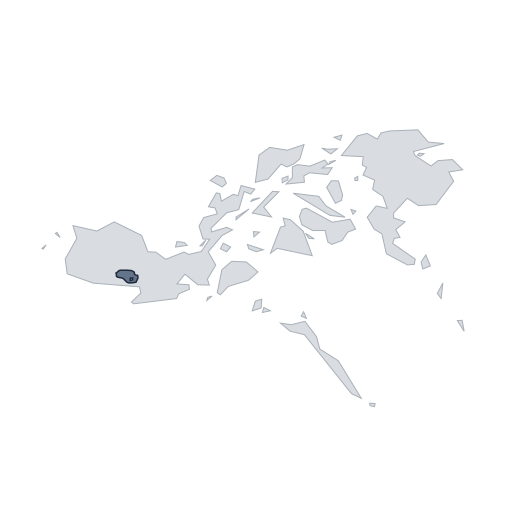 Benguet on a map of Philippines (Mercator projection), rotated 275°
{"feature_id": "PHL-2559", "entity_name": "Benguet", "entity_type": "Province", "adm_level": 1, "iso_a3": "PHL", "parent_name": "Philippines", "parent_adm1": "", "projection": "mercator", "projection_center": [120.715, 16.554], "detail": "fine", "context": "in_parent", "style": "filled", "palette": "slate", "viewbox_px": 512, "rotation_deg": 275, "n_neighbors": 0, "source": "natural_earth", "source_scale": "10m", "svg_char_len": 4371}
<svg xmlns="http://www.w3.org/2000/svg" viewBox="0 0 512 512"><g transform="rotate(275 256 256)"><path d="M236.4,66.2L258.0,76.0L270.3,71.0L267.0,95.3L277.6,111.8L266.5,140.3L250.8,147.9L251.1,155.9L244.8,166.3L253.7,184.0L251.7,188.7L255.7,201.1L268.7,208.3L268.3,201.7L280.8,196.6L289.7,200.5L294.6,213.7L300.3,211.1L300.9,204.3L315.4,211.0L315.1,214.5L307.6,216.8L315.5,228.0L314.5,232.8L324.9,235.0L322.5,249.0L317.2,245.3L319.2,238.6L300.7,234.8L296.4,222.9L279.8,208.9L276.1,209.6L282.0,224.3L280.0,230.3L273.5,220.5L256.1,208.0L243.4,216.7L228.8,209.6L222.9,212.0L222.3,200.5L231.7,186.8L221.3,179.7L221.5,191.7L217.1,192.6L211.6,182.3L206.7,180.6L197.7,138.2L199.4,136.0L209.0,144.5L215.1,142.6L214.8,96.1L221.8,69.5L236.4,66.2ZM363.5,332.3L384.5,346.5L387.8,356.1L383.0,366.6L389.5,369.9L392.2,378.1L395.8,406.2L384.5,417.7L384.4,433.6L373.8,403.7L369.9,405.7L360.9,422.5L366.9,429.1L369.2,443.3L359.9,454.4L356.5,440.7L347.7,446.4L323.0,430.9L320.3,413.6L326.7,401.8L311.0,389.4L306.0,389.7L303.0,401.5L294.4,392.9L287.1,397.9L285.6,392.2L280.5,391.0L266.7,414.9L261.5,414.4L260.3,407.6L269.6,385.7L289.0,379.5L293.1,371.3L304.3,363.4L316.3,371.4L314.9,382.6L326.5,377.3L332.5,366.4L342.0,367.5L346.0,355.5L353.9,358.5L355.9,353.9L364.3,354.2L363.5,332.3ZM300.9,346.6L291.5,352.9L287.7,345.2L278.9,340.4L274.2,330.4L276.2,326.3L287.4,322.6L286.3,310.3L291.1,298.9L299.1,295.8L306.5,297.9L308.1,302.1L296.3,329.2L300.9,346.6ZM356.8,250.2L365.4,260.2L364.1,277.9L371.2,294.1L356.6,291.3L350.8,285.5L347.4,279.0L349.7,272.9L333.7,261.3L329.3,248.9L356.8,250.2ZM260.1,270.2L286.9,277.9L288.6,282.5L296.2,279.7L295.1,287.1L284.9,300.8L261.2,312.0L265.5,276.5L260.1,270.2ZM158.8,347.1L123.4,373.3L127.2,363.1L181.8,311.1L184.1,296.4L191.3,286.3L190.6,297.0L195.2,310.4L180.8,323.4L168.9,327.6L158.8,347.1ZM216.0,220.6L239.3,223.2L248.6,232.2L249.2,246.9L240.3,259.4L231.2,250.7L223.3,231.0L214.2,223.8L216.0,220.6ZM337.4,285.4L347.8,284.5L350.6,289.3L350.2,301.9L357.6,316.1L354.0,319.6L349.4,314.3L350.6,324.2L343.4,320.2L343.6,302.1L340.0,296.7L333.7,297.8L330.3,279.7L337.4,285.4ZM302.4,341.4L302.9,326.1L321.8,287.5L320.9,313.3L312.0,321.4L302.4,341.4ZM338.0,331.5L324.3,337.0L318.8,336.3L315.4,330.6L330.5,320.4L337.5,324.4L338.0,331.5ZM298.5,248.5L321.9,266.9L322.0,273.2L305.4,259.4L296.2,268.1L298.5,248.5ZM331.0,217.2L325.8,220.2L321.8,216.3L327.3,203.8L332.9,210.0L331.0,217.2ZM271.9,425.1L261.3,430.5L257.6,423.3L264.2,421.0L271.9,425.1ZM201.0,257.0L211.0,259.3L213.5,265.5L204.7,265.6L201.0,257.0ZM260.1,219.9L265.9,222.2L262.7,230.0L257.6,226.3L260.1,219.9ZM234.5,439.9L245.4,444.5L229.8,444.1L234.5,439.9ZM369.9,327.7L364.2,321.7L369.2,312.2L368.6,317.9L369.9,327.7ZM266.7,246.5L262.9,262.7L260.3,256.0L262.6,248.1L266.7,246.5ZM209.2,462.2L209.9,467.0L199.1,469.9L209.2,462.2ZM263.5,176.0L263.2,183.4L260.6,186.5L257.9,175.0L263.5,176.0ZM282.9,303.3L278.2,312.6L278.2,307.2L282.9,303.3ZM205.4,268.3L202.7,275.1L200.3,267.3L205.4,268.3ZM338.4,281.0L334.8,281.2L331.2,275.8L335.6,275.2L338.4,281.0ZM280.1,251.3L280.1,257.4L274.8,252.3L280.1,251.3ZM383.9,331.1L378.6,329.9L381.1,323.4L383.9,331.1ZM292.9,232.7L302.3,245.0L290.4,232.9L292.9,232.7ZM204.6,308.3L198.3,311.7L200.0,306.2L204.6,308.3ZM310.7,346.5L309.5,351.6L306.0,349.0L310.7,346.5ZM312.2,247.7L314.3,255.0L309.7,245.8L312.2,247.7ZM119.4,387.5L116.2,387.2L116.9,382.6L119.3,382.1L119.4,387.5ZM344.2,350.5L340.1,350.8L339.7,348.0L342.2,347.5L344.2,350.5ZM372.6,414.5L369.7,411.3L370.6,408.0L372.6,409.6L372.6,414.5ZM210.5,211.5L212.3,215.7L207.4,210.9L210.5,211.5ZM356.5,321.7L358.2,327.2L353.7,320.6L356.5,321.7ZM262.2,55.7L257.4,59.2L260.9,54.1L262.2,55.7ZM267.6,204.7L261.3,201.5L261.3,199.3L267.6,204.7ZM244.8,42.1L248.9,46.0L244.3,43.4L244.8,42.1Z" fill="#d9dde1" stroke="#a8b0b8" stroke-width="1"/><path d="M219.6,138.9L219.0,137.3L218.6,135.5L218.1,131.9L218.4,130.3L219.3,128.8L221.7,126.1L222.3,124.9L222.9,119.8L223.6,118.8L224.7,118.5L225.8,118.5L226.8,118.0L227.3,118.7L227.9,119.3L229.1,120.3L229.9,121.7L230.2,123.8L230.3,126.0L230.6,127.8L230.6,130.9L230.7,131.9L230.6,132.9L230.3,134.1L229.8,135.3L229.3,136.1L228.8,136.3L228.1,136.3L227.6,136.5L226.9,137.1L226.5,138.0L226.3,138.9L226.4,139.8L224.7,140.2L223.9,140.3L223.0,140.1L220.5,139.1L219.6,138.9ZM223.3,135.2L223.1,132.8L220.7,132.8L221.4,135.1L223.3,135.2Z" fill="#64748b" stroke="#1e293b" stroke-width="1.5"/></g></svg>